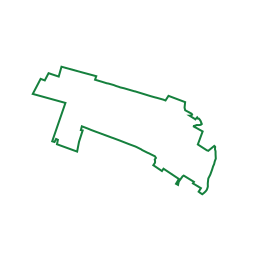 outline of Barcea, Galati, Romania, rotated 214°
{"feature_id": "2599482B6592604514944", "entity_name": "Barcea", "entity_type": "district", "adm_level": 2, "iso_a3": "ROU", "parent_name": "Romania", "parent_adm1": "Galati", "projection": "orthographic", "projection_center": [27.463, 45.764], "detail": "fine", "context": "isolated", "style": "outline", "palette": "green", "viewbox_px": 256, "rotation_deg": 214, "n_neighbors": 0, "source": "geoboundaries", "source_scale": "gbopen_adm2", "svg_char_len": 2130}
<svg xmlns="http://www.w3.org/2000/svg" viewBox="0 0 256 256"><g transform="rotate(214 128 128)"><path d="M227.9,119.9L226.0,103.0L193.9,113.8L183.4,74.6L181.1,75.3L181.5,78.7L180.2,78.9L179.5,79.0L177.8,74.8L157.0,80.0L160.9,89.2L164.2,100.6L165.9,99.9L167.2,103.6L160.8,105.1L160.7,105.1L157.8,105.7L157.7,105.7L152.7,106.9L135.5,111.1L135.3,111.2L127.4,113.1L118.0,115.2L111.5,116.8L111.4,116.8L110.3,117.0L104.9,117.7L104.2,117.6L98.0,118.4L97.9,118.4L97.6,118.5L96.0,118.8L94.8,118.9L89.9,119.6L88.1,118.8L88.2,116.8L87.2,115.9L86.4,114.7L86.2,114.0L86.2,111.3L75.8,111.3L75.8,114.1L57.6,114.2L57.2,112.8L57.0,108.6L54.7,108.8L55.8,111.6L55.9,113.1L55.7,118.4L55.2,119.7L43.4,120.2L43.2,120.2L43.2,118.4L33.9,118.9L33.8,114.7L33.2,114.7L32.4,114.6L31.2,114.6L29.4,114.6L29.1,115.4L28.9,116.2L28.8,116.4L28.6,117.1L28.4,118.1L28.2,118.9L28.2,119.6L28.1,120.5L28.2,121.2L28.3,121.5L28.4,122.1L29.0,124.0L30.9,126.7L32.6,129.9L33.2,131.1L33.7,135.3L35.0,140.5L36.0,143.8L36.4,146.2L37.4,148.8L38.1,151.7L40.8,155.3L41.4,156.2L41.5,156.3L41.8,156.8L42.3,157.5L42.9,158.1L43.9,158.9L44.6,160.0L45.1,161.0L45.3,161.2L45.7,161.3L45.9,161.3L46.2,161.2L46.5,161.3L48.7,154.0L48.9,154.0L50.1,153.6L60.9,153.4L64.2,166.9L66.4,166.7L71.3,166.3L72.2,166.3L72.5,166.1L72.9,166.1L74.3,166.0L74.4,166.3L74.5,166.5L74.4,166.6L74.0,167.1L73.6,167.6L73.4,167.9L73.1,168.3L72.8,168.8L72.4,169.1L71.1,169.9L70.3,170.5L69.7,171.1L69.4,171.4L69.4,171.5L69.5,171.6L69.6,171.9L69.5,172.1L69.2,172.4L69.1,172.6L71.7,174.4L72.1,174.6L72.9,174.9L73.0,175.0L74.4,175.4L75.1,174.9L76.6,175.5L77.0,172.8L77.8,172.9L78.0,172.9L78.9,172.8L79.4,172.8L83.7,172.7L82.8,173.3L82.3,174.9L83.2,175.4L90.5,174.7L92.5,176.5L95.1,181.4L112.4,177.3L112.3,171.8L113.9,171.4L114.2,171.4L116.9,170.5L117.2,170.4L122.0,168.8L122.1,168.7L123.0,168.4L126.9,167.1L142.7,162.3L142.8,162.2L143.3,162.0L148.6,160.3L153.6,158.7L157.2,157.3L158.6,157.0L161.2,156.2L163.9,155.6L169.1,153.9L170.6,153.2L175.0,151.9L182.3,149.6L183.3,153.2L201.9,146.8L202.0,146.8L217.4,141.6L214.2,131.9L224.5,129.0L223.6,120.9L227.9,119.9Z" fill="none" stroke="#15803d" stroke-width="2"/></g></svg>